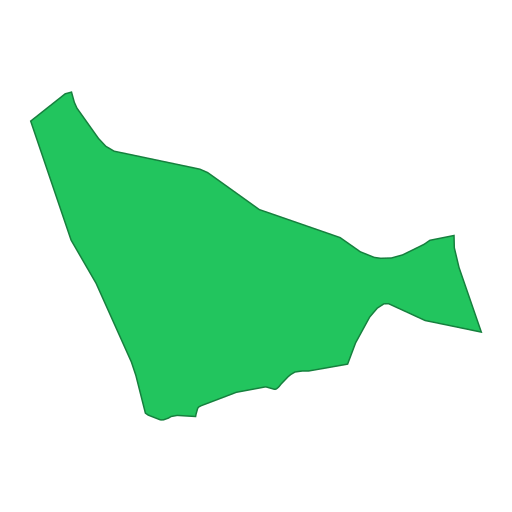 map outline of Khartoum (Equal Earth projection)
{"feature_id": "SDN-874", "entity_name": "Khartoum", "entity_type": "Region", "adm_level": 1, "iso_a3": "SDN", "parent_name": "Sudan", "parent_adm1": "", "projection": "equal_earth", "projection_center": [32.98, 15.925], "detail": "fine", "context": "isolated", "style": "filled", "palette": "green", "viewbox_px": 512, "rotation_deg": 0, "n_neighbors": 0, "source": "natural_earth", "source_scale": "10m", "svg_char_len": 878}
<svg xmlns="http://www.w3.org/2000/svg" viewBox="0 0 512 512"><path d="M347.6,364.1L308.5,371.0L302.2,371.0L295.0,372.0L290.9,374.4L288.1,376.7L281.0,384.1L279.1,386.5L278.1,387.5L276.4,388.9L275.1,389.3L274.1,389.2L266.4,387.0L265.3,386.9L236.3,392.3L201.1,405.7L198.7,407.0L198.0,407.8L197.5,408.9L196.0,414.3L195.6,416.5L177.2,415.4L171.1,416.5L168.4,418.1L163.6,419.8L161.7,419.9L160.2,419.8L148.2,415.1L145.4,413.1L135.9,375.5L131.4,362.0L96.1,283.3L71.1,240.1L30.7,121.1L65.2,93.8L71.5,92.1L74.3,102.3L76.9,108.1L98.5,138.5L105.8,146.3L114.1,151.2L199.9,169.2L207.8,172.7L259.3,209.6L340.1,237.6L360.3,251.8L374.2,257.4L380.6,258.3L391.4,258.0L402.6,254.9L424.1,244.3L429.9,240.3L454.0,235.5L454.3,247.8L459.0,267.5L481.3,332.1L425.1,320.5L388.6,303.7L383.9,303.8L377.3,308.1L369.7,317.0L355.6,342.8L347.6,364.1Z" fill="#22c55e" stroke="#15803d" stroke-width="1.5"/></svg>